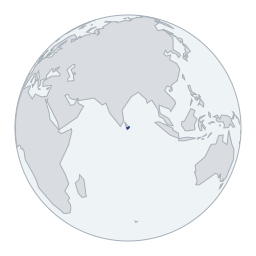 Hambantŏṭa highlighted on a globe, orthographic projection, rotated 346°
{"feature_id": "LKA-2465", "entity_name": "Hambantŏṭa", "entity_type": "District", "adm_level": 1, "iso_a3": "LKA", "parent_name": "Sri Lanka", "parent_adm1": "", "projection": "orthographic", "projection_center": [81.085, 6.277], "detail": "fine", "context": "on_globe", "style": "filled", "palette": "blue", "viewbox_px": 256, "rotation_deg": 346, "n_neighbors": 0, "source": "natural_earth", "source_scale": "10m", "svg_char_len": 8193}
<svg xmlns="http://www.w3.org/2000/svg" viewBox="0 0 256 256"><g transform="rotate(346 128 128)"><circle cx="128" cy="128" r="113" fill="#eef3f6" stroke="#a8b0b8"/><path d="M173.9,25.1L172.9,24.7L175.1,25.7L167.9,22.8L171.7,24.2L173.9,25.1ZM164.3,21.5L163.2,21.2L163.5,21.2L164.3,21.5ZM29.0,74.3L36.7,63.1L36.6,64.7L43.0,63.2L43.4,64.1L39.6,69.1L42.1,76.6L46.4,72.5L51.6,77.0L57.0,77.5L64.2,68.2L55.4,67.0L56.8,62.3L66.2,59.2L74.3,60.9L75.2,59.1L72.5,54.7L76.9,52.0L71.9,53.0L72.0,54.8L68.9,55.7L68.6,54.1L70.1,53.1L68.4,52.1L61.4,57.7L60.8,60.1L54.7,60.6L53.2,64.9L50.6,66.7L52.3,60.1L54.1,57.9L55.1,51.0L52.7,53.3L51.6,60.1L50.8,59.4L47.5,63.2L49.4,59.8L51.3,52.4L47.5,53.4L38.3,62.3L37.0,62.9L37.9,60.8L45.7,51.5L47.7,51.4L50.5,48.6L53.8,44.5L54.2,45.0L55.8,43.5L56.9,43.5L62.3,40.2L64.0,40.1L69.7,36.0L71.3,35.5L67.5,38.0L65.7,39.9L70.5,40.4L72.4,39.6L75.7,37.0L76.6,37.7L79.2,35.2L83.7,34.8L80.4,33.4L84.2,30.9L88.8,29.4L89.5,28.4L81.9,31.0L79.5,32.3L78.3,33.8L71.0,37.9L68.6,38.5L74.0,33.6L71.2,34.1L76.6,30.6L93.7,24.9L99.0,24.4L100.2,28.2L96.9,29.4L94.9,28.5L93.5,31.4L95.2,30.1L95.9,30.9L99.7,29.2L100.4,29.6L102.9,27.3L104.2,27.8L102.6,29.2L109.3,27.5L113.0,28.2L114.2,27.7L114.4,26.9L118.9,28.6L119.5,28.1L118.3,27.3L118.9,26.0L121.6,24.4L123.0,25.1L122.2,25.8L122.6,28.4L120.3,30.3L121.1,30.5L123.5,29.0L123.0,25.7L124.3,24.6L125.0,26.0L124.8,25.4L125.9,25.1L128.3,25.5L127.7,24.0L137.5,21.0L143.0,22.0L142.6,23.2L150.9,23.0L156.5,24.9L155.4,24.0L158.6,23.9L156.9,23.2L156.6,22.9L164.1,23.1L166.9,23.9L168.9,23.8L168.3,23.5L166.3,22.8L167.9,22.8L175.1,25.7L176.0,26.3L179.8,28.1L181.4,29.2L184.5,31.2L184.1,32.0L186.5,33.8L187.8,34.4L192.0,37.6L196.7,42.9L187.6,36.1L179.6,29.3L182.4,31.7L180.2,30.5L180.2,31.1L182.3,33.1L183.5,33.6L178.7,35.0L180.6,40.8L184.4,40.9L187.9,43.2L193.4,51.7L190.8,62.9L195.4,67.5L196.5,70.4L194.2,71.9L192.6,67.7L189.2,65.9L188.6,63.5L184.3,65.0L183.3,61.7L180.5,64.9L182.8,67.6L187.0,67.3L185.0,71.9L190.7,77.1L192.6,83.3L187.3,94.0L180.0,97.1L179.8,99.1L176.2,96.7L172.5,100.7L179.9,112.6L180.0,116.0L173.4,122.4L173.1,119.8L163.7,113.4L162.6,121.6L169.8,128.6L172.3,136.8L167.0,134.1L164.4,127.0L161.1,124.5L161.5,117.3L157.8,106.7L152.5,108.6L152.5,104.4L146.6,95.8L138.8,98.4L126.6,109.2L125.6,120.0L121.1,124.7L113.8,108.9L112.6,98.6L108.6,99.4L102.2,90.7L87.2,89.5L86.3,86.9L83.2,88.0L78.9,85.1L77.9,80.9L74.7,81.0L77.7,92.2L81.2,92.3L85.8,88.2L85.8,92.3L90.2,96.1L81.2,105.4L60.9,113.0L61.0,104.9L56.0,82.8L57.2,80.5L57.3,80.3L57.4,79.8L54.8,83.5L54.6,79.3L55.2,94.2L54.4,100.7L60.6,113.5L59.5,114.7L62.2,117.4L73.0,115.1L72.6,117.8L66.3,130.0L53.1,146.3L56.0,158.1L57.0,168.0L51.4,173.9L54.5,181.6L52.0,184.0L53.6,188.3L53.0,192.5L51.2,196.3L45.1,195.5L42.7,191.6L36.5,183.5L27.0,164.3L26.3,156.0L24.8,149.3L20.7,133.9L21.5,125.9L20.9,122.4L19.4,122.8L19.0,118.6L18.3,118.3L15.7,119.7L15.9,117.4L17.1,108.4L19.0,99.5L21.7,90.8L25.0,82.4L29.0,74.3ZM29.3,74.0L28.2,76.1L29.3,74.0ZM80.8,68.0L87.0,69.0L87.8,62.9L90.2,63.0L89.6,61.0L87.8,62.5L86.8,57.4L90.7,56.1L91.8,53.7L89.7,53.3L82.7,56.6L84.1,63.7L81.2,65.9L80.8,68.0ZM63.6,36.3L62.8,37.2L60.5,38.8L58.4,39.8L61.6,37.5L63.6,36.3ZM62.1,38.2L68.1,33.6L69.7,33.1L67.8,34.1L68.2,34.2L65.3,35.9L61.0,40.3L58.7,42.0L55.9,42.5L58.1,41.2L58.8,40.3L62.1,38.2ZM83.2,24.7L83.2,24.9L80.8,26.0L78.5,26.9L79.7,26.3L80.4,25.9L80.6,25.8L81.2,25.6L83.2,24.7ZM118.3,15.8L114.7,16.2L116.6,16.0L116.8,16.1L114.0,16.6L113.9,16.4L111.0,17.2L109.1,17.3L108.9,17.4L106.4,17.7L103.0,18.5L102.6,18.4L101.4,18.8L99.7,19.1L98.0,19.6L96.7,19.9L94.5,20.5L95.1,20.3L91.6,21.4L93.6,20.7L91.6,21.4L90.8,21.7L90.2,21.9L99.4,19.1L108.7,17.0L118.3,15.8ZM122.5,15.5L122.2,15.5L119.3,15.7L122.5,15.5ZM45.5,62.4L46.1,62.8L47.4,62.7L45.4,65.2L45.5,62.4ZM46.7,57.3L47.5,57.1L45.2,60.3L44.6,60.1L46.7,57.3ZM49.8,54.5L47.7,56.9L48.5,55.4L49.8,54.5ZM68.4,37.8L69.5,37.5L68.8,38.2L67.4,39.1L68.4,37.8ZM104.9,20.2L105.3,19.8L106.1,19.6L108.9,18.6L110.5,18.6L109.4,19.3L104.9,20.2ZM61.6,69.6L59.0,71.2L58.6,70.2L59.6,69.9L61.6,69.6ZM51.0,68.0L52.5,69.6L50.4,68.7L51.0,68.0ZM107.1,20.1L108.1,19.6L108.3,20.0L107.1,20.1ZM111.8,18.7L112.3,19.0L111.0,18.5L111.8,18.7ZM112.3,220.0L114.3,221.2L112.5,221.3L112.3,220.0ZM72.7,167.6L70.9,184.5L66.5,184.2L64.0,179.1L63.5,168.8L68.0,166.2L69.8,161.6L72.7,167.6ZM196.2,156.2L198.8,156.7L198.7,157.2L196.2,156.2ZM193.5,154.3L196.6,154.5L192.8,155.5L193.5,154.3ZM197.8,154.6L201.0,153.7L202.4,152.9L202.0,153.9L197.8,154.6ZM191.3,154.3L179.0,154.0L174.0,152.5L175.3,150.6L183.4,151.2L191.3,154.3ZM174.9,150.5L167.1,145.0L155.5,129.2L159.7,129.5L171.6,139.2L170.8,140.8L175.6,145.1L174.9,150.5ZM193.3,140.9L192.5,145.9L185.9,145.3L182.8,144.5L180.6,138.1L181.8,134.9L184.4,135.0L193.8,124.4L197.2,127.1L194.5,131.6L197.2,136.0L193.3,140.9ZM126.2,121.0L129.1,127.6L126.6,128.6L126.2,121.0ZM197.1,117.0L193.6,121.6L196.6,115.4L197.1,117.0ZM198.6,111.2L199.0,113.5L197.3,111.2L198.6,111.2ZM180.1,102.3L177.4,102.8L177.1,101.2L180.4,99.6L180.1,102.3ZM194.0,88.6L194.9,93.3L194.7,94.9L193.0,92.0L194.0,88.6ZM122.0,22.1L116.3,23.3L113.2,24.7L113.1,26.0L110.8,24.8L115.5,22.7L122.0,22.1ZM135.4,21.0L135.5,20.1L137.1,20.4L137.3,20.6L135.4,21.0ZM134.3,20.5L131.3,19.7L132.4,19.1L134.5,19.9L134.3,20.5ZM119.0,19.2L117.2,19.5L117.1,19.2L119.0,19.2ZM202.0,208.9L204.5,205.2L206.5,204.9L203.5,208.2L202.0,208.9ZM201.8,193.2L183.4,200.4L180.0,199.4L182.3,196.2L182.0,186.6L183.2,186.9L184.2,180.4L195.8,174.6L204.7,164.0L209.5,164.8L214.2,157.2L218.7,157.8L216.5,163.9L220.1,168.1L225.2,154.5L224.8,169.2L225.6,174.6L222.7,184.0L211.5,199.6L207.4,202.5L207.9,201.0L205.9,202.6L204.5,201.9L206.1,196.7L204.0,198.3L207.1,194.5L203.6,197.9L204.0,194.6L201.8,193.2ZM233.0,167.9L232.9,168.4L232.1,171.0L232.2,170.5L233.0,167.9ZM236.1,159.5L235.8,160.4L235.7,160.7L236.1,159.5ZM236.1,159.1L236.6,157.7L236.2,159.2L236.1,159.1ZM237.2,151.0L237.4,150.3L237.4,150.9L237.2,151.0ZM202.7,156.9L206.6,153.1L208.5,152.8L202.7,156.9ZM237.2,149.4L236.8,149.2L237.0,148.4L237.2,149.4ZM237.5,147.5L237.6,146.4L237.5,149.0L237.5,147.5ZM237.0,145.0L237.3,147.0L236.9,145.2L237.0,145.0ZM236.6,145.2L236.2,144.3L236.3,143.9L236.6,145.2ZM230.1,146.1L231.8,152.8L229.9,152.5L228.1,148.3L225.7,151.9L220.9,151.1L222.3,148.8L221.9,145.2L216.4,143.6L215.3,141.3L217.4,139.8L213.6,137.8L217.8,137.0L219.4,141.7L221.7,138.1L225.4,139.2L228.6,141.0L230.8,144.7L230.1,146.1ZM217.5,147.3L218.2,147.4L217.5,148.8L217.5,147.3ZM235.5,141.5L236.1,143.9L235.9,144.5L235.6,144.1L235.5,141.5ZM231.3,144.0L233.9,140.2L234.4,140.4L232.6,144.7L231.3,144.0ZM233.4,137.6L234.4,138.3L234.8,140.6L234.6,141.1L233.4,137.6ZM208.8,142.7L208.6,144.0L207.4,142.9L208.8,142.7ZM210.3,141.9L213.8,143.5L210.0,143.0L210.3,141.9ZM199.0,137.1L200.2,140.2L203.7,138.3L201.0,141.1L203.2,146.3L202.3,148.2L200.2,142.6L199.1,148.3L197.5,148.1L196.8,143.2L198.5,137.3L200.1,134.9L206.4,134.1L199.0,137.1ZM210.4,138.2L209.4,134.5L210.1,132.2L211.2,134.1L210.4,138.2ZM206.3,125.9L203.4,121.7L201.1,123.2L205.6,117.7L207.6,122.6L206.3,125.9ZM203.4,116.9L201.3,118.2L203.3,115.0L203.4,116.9ZM200.6,116.9L200.0,114.1L201.9,114.5L200.6,116.9ZM204.6,117.1L204.6,112.3L205.8,115.1L204.6,117.1ZM198.5,107.8L203.0,112.5L197.6,110.4L196.1,101.5L198.3,101.3L198.5,107.8ZM202.6,73.9L201.4,71.6L203.0,71.2L203.4,72.9L202.6,73.9ZM207.1,68.7L203.0,70.4L199.5,72.2L201.2,73.3L201.5,77.1L198.3,73.4L199.9,69.3L202.7,68.7L202.0,65.7L203.3,63.8L201.2,60.0L201.4,58.6L204.2,61.9L207.1,68.7ZM200.1,58.5L196.9,52.3L200.5,53.5L202.0,55.1L202.0,57.4L200.1,56.6L200.1,58.5ZM197.2,51.2L195.3,50.5L186.6,41.8L185.7,40.4L194.2,47.1L192.9,46.9L194.4,48.9L197.2,51.2ZM164.2,21.5L163.3,21.2L164.5,21.6L164.2,21.5ZM155.6,22.5L155.4,22.1L156.9,22.4L155.6,22.5ZM155.7,21.2L154.1,21.1L155.2,20.9L155.7,21.2ZM150.8,21.0L153.2,20.9L151.7,21.5L150.8,21.0Z" fill="#d9dde1" stroke="#a8b0b8" stroke-width="1"/><path d="M129.2,127.5L129.0,127.8L128.9,127.8L128.5,128.1L128.2,128.2L128.2,128.3L127.8,128.4L127.6,128.4L127.6,128.5L127.4,128.5L127.2,128.6L127.2,128.4L127.2,128.2L127.2,127.9L127.3,128.0L127.5,128.0L127.7,127.9L127.8,127.9L127.9,127.7L128.0,127.7L128.1,127.8L128.3,127.9L128.5,127.8L128.6,127.7L128.8,127.7L129.0,127.4L129.1,127.5L129.2,127.5Z" fill="#3b82f6" stroke="#1e3a8a" stroke-width="1.5"/></g></svg>